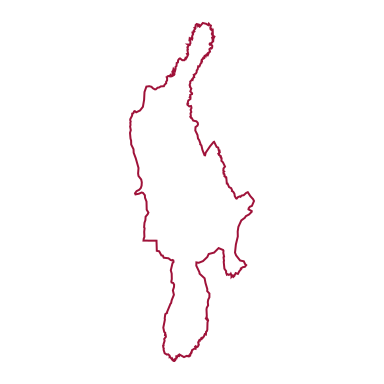 the district of Formosa, Goiás, Brazil
{"feature_id": "56859067B22046801738806", "entity_name": "Formosa", "entity_type": "district", "adm_level": 2, "iso_a3": "BRA", "parent_name": "Brazil", "parent_adm1": "Goiás", "projection": "equal_earth", "projection_center": [-47.205, -15.286], "detail": "fine", "context": "isolated", "style": "outline", "palette": "rose", "viewbox_px": 384, "rotation_deg": 0, "n_neighbors": 0, "source": "geoboundaries", "source_scale": "gbopen_adm2", "svg_char_len": 5940}
<svg xmlns="http://www.w3.org/2000/svg" viewBox="0 0 384 384"><path d="M247.8,192.2L246.2,192.9L243.7,195.2L241.5,195.6L240.5,196.8L239.7,196.4L238.0,197.1L236.7,198.6L236.1,198.4L234.8,196.2L234.4,193.7L233.2,191.7L231.9,191.0L232.0,190.1L231.2,188.2L229.1,187.1L227.5,183.5L226.8,183.5L226.3,177.6L225.6,177.4L225.7,176.8L224.4,176.1L224.6,175.0L224.3,174.0L223.6,173.8L223.4,172.5L224.2,171.5L223.3,170.8L223.5,168.4L225.0,166.6L223.0,162.4L221.4,160.8L221.6,158.2L221.0,157.8L220.9,156.5L220.4,156.6L220.2,155.7L218.9,154.9L218.4,153.8L219.1,153.6L219.1,151.8L219.7,151.9L219.5,150.4L218.7,150.2L218.2,147.6L216.6,146.9L214.1,141.8L213.6,142.0L210.1,146.2L205.7,152.7L205.1,155.3L204.5,155.2L202.4,149.8L201.4,145.4L200.2,144.2L200.4,143.6L199.1,140.0L198.0,138.5L197.5,135.0L195.3,130.5L195.5,127.1L197.5,125.6L198.0,124.2L197.7,122.7L196.4,121.3L193.2,120.6L191.7,118.0L191.0,117.9L190.3,116.8L190.9,116.2L190.5,113.3L191.3,112.0L190.6,109.8L191.4,108.3L191.4,107.2L191.0,106.0L189.3,106.4L187.4,104.7L187.4,103.8L188.0,103.5L187.7,102.9L188.3,100.5L190.4,99.0L190.5,97.3L189.8,97.1L190.3,96.1L190.2,94.9L192.0,94.1L192.1,93.3L190.3,91.4L191.3,88.6L190.0,86.9L190.2,86.2L189.7,85.6L189.7,84.6L190.3,83.1L190.2,81.6L191.6,80.1L192.3,80.1L192.1,79.3L192.8,79.1L193.3,77.6L194.2,77.2L193.9,76.3L194.3,75.5L193.8,74.9L196.0,73.4L196.7,71.9L196.7,70.4L197.6,69.5L198.2,66.3L199.4,66.5L200.7,63.4L201.4,62.9L201.4,61.3L202.0,61.3L201.8,59.6L202.9,58.9L203.1,58.2L203.6,58.5L204.3,58.1L204.2,56.6L204.6,55.9L205.7,56.4L206.0,55.1L206.7,54.3L207.4,54.0L207.7,54.7L207.2,55.2L207.7,55.4L208.6,53.4L208.2,52.9L210.0,51.7L209.4,49.2L210.6,48.1L211.5,48.5L212.1,47.7L212.3,45.9L211.1,44.2L210.1,44.9L209.6,44.2L209.8,43.5L211.1,43.2L212.3,42.3L212.6,41.0L213.2,41.1L213.3,39.7L212.6,39.3L212.1,37.6L213.1,37.2L213.6,38.2L214.4,36.6L212.7,35.6L211.8,33.9L212.4,32.4L212.8,33.0L212.7,29.8L211.9,30.1L211.6,29.2L211.1,29.7L210.6,29.3L210.3,27.7L210.9,25.6L210.1,25.3L208.8,23.7L208.2,25.1L206.1,23.8L202.8,23.0L200.0,26.3L199.6,25.7L199.3,26.3L198.5,25.4L198.0,25.9L197.8,25.1L198.4,24.5L196.7,24.0L195.6,25.1L195.7,26.9L194.5,27.8L195.3,28.6L193.5,31.1L194.2,31.6L193.1,32.5L193.1,33.3L192.6,33.1L192.9,34.5L192.1,36.2L192.4,38.5L192.1,39.3L191.0,38.2L190.2,38.8L189.7,38.4L189.5,40.0L190.2,39.8L190.4,43.4L189.8,44.5L187.8,44.5L188.9,45.3L188.3,45.5L187.9,47.1L187.4,47.3L187.9,49.6L187.4,50.0L188.1,53.9L187.1,54.0L187.8,55.4L186.8,57.4L185.9,57.6L186.2,58.3L185.8,59.0L185.3,58.6L184.4,60.2L182.3,60.2L180.0,58.4L179.2,58.8L178.1,60.3L177.9,62.4L176.7,63.0L176.5,66.0L175.5,67.0L175.6,68.7L174.9,71.4L174.3,71.0L174.1,69.8L173.5,69.0L173.3,69.9L173.8,70.2L172.5,71.4L174.5,74.0L174.1,74.9L173.6,75.2L172.5,74.1L172.5,75.9L171.7,76.3L170.5,75.0L169.9,76.4L169.2,75.9L167.6,76.3L167.3,77.0L166.7,77.2L167.1,78.2L167.1,80.3L166.1,81.9L166.2,83.2L164.6,84.7L163.9,86.2L160.8,86.4L159.1,87.5L157.6,87.7L155.8,89.3L154.7,89.3L152.8,88.2L151.5,86.8L149.2,86.2L146.4,86.6L144.5,92.0L144.1,99.8L142.9,106.8L140.0,110.5L136.2,112.3L134.8,111.1L134.1,111.4L133.3,113.3L132.2,113.6L132.1,115.6L130.3,119.1L130.2,120.1L130.7,121.7L130.3,122.6L130.5,125.0L130.1,126.5L130.8,130.1L130.0,132.9L130.5,138.5L131.1,140.6L131.2,144.5L133.5,149.2L133.7,152.8L135.8,158.4L138.5,168.0L138.1,173.5L138.5,176.0L141.2,179.5L141.8,182.3L141.6,185.6L140.8,188.0L139.2,189.8L136.6,191.1L135.0,193.3L135.5,194.4L139.0,193.7L141.6,192.5L143.0,192.9L144.9,195.3L145.0,197.7L146.5,201.6L146.7,209.7L148.4,212.6L147.7,214.2L145.6,216.7L145.4,220.1L144.5,222.7L144.1,227.3L144.6,228.2L144.2,231.8L144.4,236.9L143.7,238.8L143.5,240.6L156.5,240.7L156.8,250.8L159.2,251.3L161.4,255.4L162.8,255.6L163.7,257.7L168.5,258.3L170.6,260.0L171.9,260.4L172.6,260.0L173.3,260.4L173.5,261.3L173.5,262.1L172.5,263.2L170.8,270.3L171.7,273.6L171.8,279.1L171.3,281.6L171.6,282.5L173.2,283.0L174.1,284.6L174.0,287.0L172.9,290.4L173.9,294.8L171.7,300.2L171.1,303.1L170.5,303.7L167.0,312.2L167.1,312.9L165.4,314.0L165.2,314.7L164.7,318.4L164.9,319.6L163.3,327.6L164.2,331.9L165.2,332.8L165.0,334.9L165.6,334.8L165.9,336.8L164.2,339.0L164.6,340.8L163.5,344.3L163.6,345.5L163.1,345.8L163.4,347.9L163.8,348.4L163.6,349.8L164.7,353.3L166.9,354.6L168.1,354.3L169.6,355.6L169.6,357.0L170.0,356.8L172.0,359.4L172.3,358.8L173.5,360.9L174.4,361.0L174.9,360.5L174.5,360.2L174.7,359.5L175.2,359.7L175.6,358.8L176.3,358.6L176.3,356.7L176.9,356.9L176.8,356.2L178.2,356.1L178.3,355.2L178.9,354.8L179.3,355.4L179.6,354.6L184.0,357.1L186.6,355.9L187.2,356.2L188.2,355.8L188.5,356.2L189.4,355.4L189.7,356.0L190.2,355.6L190.3,353.9L191.2,353.4L191.1,352.4L191.7,352.1L192.0,350.2L194.6,348.5L195.5,348.8L195.6,347.1L195.2,346.6L195.7,346.2L196.6,347.3L197.8,346.6L198.8,344.7L198.3,343.9L198.6,342.8L198.2,342.3L199.3,340.2L199.8,340.5L200.0,339.7L201.3,339.3L201.2,338.2L202.0,337.7L202.5,338.1L203.8,336.6L204.8,334.1L205.9,334.5L206.1,331.7L206.8,331.2L207.3,329.8L207.5,322.4L208.1,320.4L207.7,319.5L207.4,320.2L206.0,318.6L206.6,318.1L206.3,317.5L206.8,316.3L206.5,309.2L206.8,307.7L208.1,305.4L207.8,302.1L208.2,299.7L209.4,297.3L209.4,293.5L207.2,291.1L207.3,289.1L205.5,283.0L204.6,278.3L199.6,273.7L199.4,272.2L196.3,265.7L196.4,262.4L198.7,262.8L203.0,261.1L207.3,257.0L208.7,254.0L214.1,252.6L218.6,248.1L223.1,250.0L223.5,250.8L223.3,252.8L224.1,256.7L223.5,257.2L224.0,260.9L223.7,261.7L224.4,268.7L226.1,271.1L226.1,272.7L226.9,274.7L227.7,274.2L228.8,274.9L229.5,274.4L230.4,274.5L230.8,273.8L231.5,275.5L231.5,276.8L232.5,275.7L233.3,276.9L234.3,276.0L234.3,275.1L234.8,274.9L235.7,273.1L237.9,273.9L239.3,271.2L241.2,269.0L240.9,268.4L242.8,267.2L244.9,266.8L246.2,265.1L245.1,264.1L243.8,261.3L240.1,260.5L236.1,255.4L235.0,252.6L235.9,244.4L237.8,236.5L237.7,231.4L238.4,226.8L241.3,220.4L244.8,217.8L245.8,216.2L249.0,214.5L251.7,211.8L251.7,211.0L248.5,209.4L248.7,208.2L249.9,206.7L251.9,205.9L254.0,201.0L253.1,199.2L250.3,196.1L247.8,192.2Z" fill="none" stroke="#9f1239" stroke-width="2"/></svg>